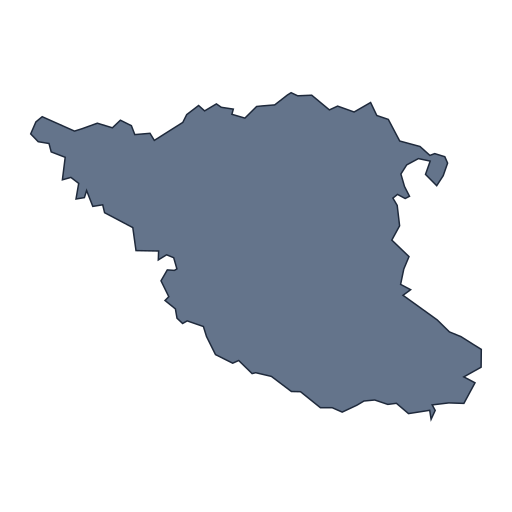 outline of Hormigueros, Puerto Rico
{"feature_id": "32010507B56909324713626", "entity_name": "Hormigueros", "entity_type": "district", "adm_level": 2, "iso_a3": "PRI", "parent_name": "Puerto Rico", "parent_adm1": "", "projection": "albers", "projection_center": [-67.115, 18.132], "detail": "fine", "context": "isolated", "style": "filled", "palette": "slate", "viewbox_px": 512, "rotation_deg": 0, "n_neighbors": 0, "source": "geoboundaries", "source_scale": "gbopen_adm2", "svg_char_len": 1587}
<svg xmlns="http://www.w3.org/2000/svg" viewBox="0 0 512 512"><path d="M356.9,405.2L364.0,401.0L374.7,400.0L387.8,404.4L396.4,403.3L408.5,413.6L429.7,410.3L431.1,419.3L435.2,410.4L432.2,404.9L448.8,402.9L463.9,403.4L475.0,382.8L463.8,376.9L481.1,367.2L481.3,349.4L472.3,343.8L461.1,336.7L449.4,331.9L437.2,319.9L403.0,295.3L410.6,289.7L400.6,284.4L403.8,269.0L409.0,256.6L391.8,240.1L399.6,225.8L397.2,205.4L392.9,198.1L397.5,194.4L405.2,198.5L409.5,196.3L404.5,186.5L400.9,174.0L406.7,164.9L418.4,158.6L430.2,161.1L425.5,174.4L436.7,185.7L443.2,175.7L447.6,163.1L444.8,156.7L434.7,153.6L429.9,155.4L420.0,146.5L399.7,141.0L388.3,119.4L376.8,115.5L370.6,102.5L354.1,112.0L337.6,106.1L329.4,109.9L311.7,95.2L297.7,95.8L291.1,92.7L287.4,95.0L274.7,104.9L262.4,105.9L256.6,106.5L244.9,118.1L231.9,114.3L233.3,109.1L221.3,107.3L216.4,103.9L204.6,110.9L198.6,105.5L186.7,114.6L182.8,122.4L154.3,140.4L150.0,133.3L134.8,134.6L131.4,125.7L120.4,120.2L112.4,127.8L97.3,123.2L82.1,128.7L74.5,131.1L42.2,116.7L35.9,121.9L30.7,133.9L38.2,141.7L49.0,143.5L51.2,151.9L65.2,157.3L62.4,179.8L70.9,177.4L78.7,183.4L76.0,199.0L84.4,197.6L86.6,190.5L92.8,206.4L102.7,204.8L104.6,212.7L132.8,227.6L136.0,250.6L158.6,251.0L158.3,259.9L166.6,254.8L173.7,257.7L176.9,268.9L174.4,270.4L167.3,269.9L161.0,280.8L168.8,296.7L165.0,300.5L175.4,308.9L177.0,318.2L182.6,323.5L187.2,320.9L203.4,326.5L206.5,336.5L215.5,354.6L232.7,363.2L238.7,360.5L252.1,373.6L255.7,372.7L271.4,376.4L291.4,391.5L300.5,391.7L320.4,407.7L332.2,407.7L342.2,412.1L356.9,405.2Z" fill="#64748b" stroke="#1e293b" stroke-width="1.5"/></svg>